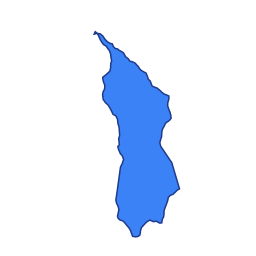 Santa Fé do Sul, São Paulo, Brazil (Robinson projection), rotated 152°
{"feature_id": "56859067B91056337618895", "entity_name": "Santa Fé do Sul", "entity_type": "district", "adm_level": 2, "iso_a3": "BRA", "parent_name": "Brazil", "parent_adm1": "São Paulo", "projection": "robinson", "projection_center": [-50.955, -20.266], "detail": "fine", "context": "isolated", "style": "filled", "palette": "blue", "viewbox_px": 256, "rotation_deg": 152, "n_neighbors": 0, "source": "geoboundaries", "source_scale": "gbopen_adm2", "svg_char_len": 1895}
<svg xmlns="http://www.w3.org/2000/svg" viewBox="0 0 256 256"><g transform="rotate(152 128 128)"><path d="M136.0,160.9L134.8,157.6L134.6,154.5L134.6,150.6L134.8,147.1L133.0,144.4L133.2,140.5L134.7,137.0L135.5,133.0L136.8,130.0L139.0,125.1L141.2,123.1L142.2,120.5L143.5,117.3L145.7,116.4L146.4,113.6L146.8,108.9L146.1,106.5L146.6,102.4L149.7,99.4L152.9,97.1L155.1,94.1L164.7,80.8L167.3,77.2L172.6,70.0L173.4,66.9L173.6,63.1L174.4,60.2L176.4,57.7L178.7,55.1L179.1,52.7L178.3,50.6L176.0,48.1L175.2,45.0L174.7,42.2L174.1,39.7L173.9,36.7L174.8,30.2L172.5,28.4L170.4,27.6L168.1,27.7L166.5,29.4L165.3,31.3L163.0,33.7L159.5,35.0L155.6,36.3L151.9,36.4L149.6,33.4L146.8,32.4L144.6,29.1L142.7,28.4L140.6,31.3L138.3,32.8L136.7,35.0L135.0,38.0L132.6,40.3L129.8,42.7L126.8,45.5L124.9,47.9L121.9,48.7L119.5,48.3L116.6,49.1L113.7,50.0L111.1,50.1L105.6,77.0L106.0,80.1L107.7,96.7L106.8,100.1L104.5,102.6L102.4,104.6L100.8,107.3L99.4,109.4L97.9,110.9L95.1,112.7L92.9,114.4L91.1,114.9L88.1,115.2L85.4,116.3L84.2,119.2L83.5,122.3L83.3,124.7L82.6,128.9L80.9,131.8L79.2,133.4L77.8,135.2L76.9,137.1L78.3,138.9L80.1,141.0L81.2,143.2L81.9,145.4L82.6,147.4L83.5,149.5L85.7,152.0L87.0,153.7L86.7,156.3L86.3,159.1L87.2,161.5L86.6,164.6L86.3,168.1L87.9,170.4L89.4,172.9L90.0,175.2L90.0,177.4L90.7,179.5L91.2,181.9L93.1,184.5L95.1,186.3L95.2,188.8L96.7,192.2L96.7,196.5L98.2,199.1L99.4,200.9L100.2,202.9L101.9,204.1L102.6,206.6L102.4,209.8L104.0,211.0L105.8,214.0L106.7,217.4L107.0,220.8L108.4,224.3L110.7,226.0L110.7,223.0L111.0,219.5L110.9,216.2L110.5,213.3L108.9,210.6L108.6,208.0L108.1,204.7L108.6,201.6L109.6,199.1L110.9,195.0L113.1,192.8L115.1,189.3L117.3,186.7L119.6,186.1L123.7,185.1L126.5,184.7L127.4,182.6L128.1,179.8L128.3,177.1L129.5,174.6L131.0,172.9L132.7,171.9L134.8,169.4L136.5,164.8L136.0,160.9ZM113.8,226.8L110.7,226.0L111.7,228.4L113.8,226.8Z" fill="#3b82f6" stroke="#1e3a8a" stroke-width="1.5"/></g></svg>